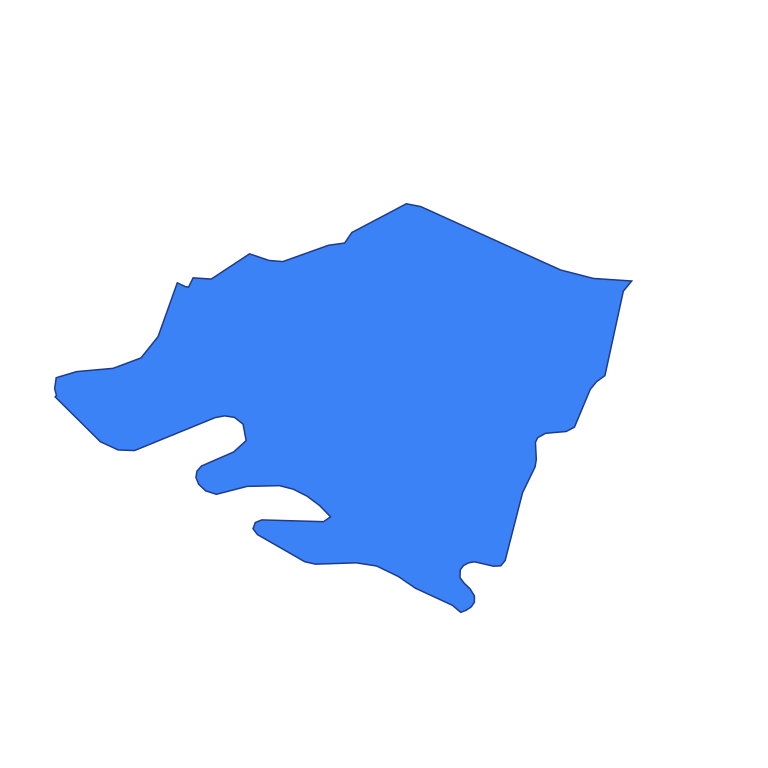 the Province of Ragusa, rotated 138°
{"feature_id": "ITA-5415", "entity_name": "Ragusa", "entity_type": "Province", "adm_level": 1, "iso_a3": "ITA", "parent_name": "Italy", "parent_adm1": "", "projection": "equal_earth", "projection_center": [14.765, 36.912], "detail": "fine", "context": "isolated", "style": "filled", "palette": "blue", "viewbox_px": 768, "rotation_deg": 138, "n_neighbors": 0, "source": "natural_earth", "source_scale": "10m", "svg_char_len": 1191}
<svg xmlns="http://www.w3.org/2000/svg" viewBox="0 0 768 768"><g transform="rotate(138 384 384)"><path d="M637.0,594.5L635.1,594.6L631.9,600.9L623.4,608.0L604.3,599.0L574.8,576.9L547.1,566.0L520.2,570.4L469.9,597.5L466.4,589.1L464.4,586.8L454.8,590.6L442.2,577.6L396.8,570.7L386.9,552.9L377.3,542.7L332.5,524.3L318.9,515.1L306.5,518.1L246.8,503.0L238.0,491.3L176.5,350.6L157.8,322.4L131.0,294.8L144.1,292.8L214.2,242.4L224.4,243.5L234.3,242.0L271.3,224.5L280.4,226.8L297.0,239.3L305.8,241.3L310.5,239.3L321.3,226.0L327.2,221.3L353.8,210.5L412.0,171.8L418.9,170.7L424.6,175.4L435.7,191.3L440.8,194.5L446.4,195.9L451.6,194.9L457.1,189.3L457.7,182.2L457.1,174.2L458.6,166.0L462.9,161.3L468.4,160.0L474.4,160.9L479.8,163.0L481.2,173.6L497.3,211.2L502.2,231.5L511.3,253.7L524.3,269.7L555.4,295.9L561.8,304.9L578.8,356.7L578.2,364.1L572.3,367.2L565.8,364.8L521.0,322.1L512.6,321.1L513.2,336.9L516.3,352.3L521.8,366.5L529.7,378.4L554.2,399.5L582.4,414.2L588.0,423.9L588.8,433.5L586.3,440.4L581.3,444.4L574.4,445.2L541.2,434.1L524.3,434.2L515.6,448.5L517.5,459.3L523.8,467.0L532.2,472.1L614.0,501.5L625.7,512.9L633.4,530.8L637.0,594.5Z" fill="#3b82f6" stroke="#1e3a8a" stroke-width="1.5"/></g></svg>